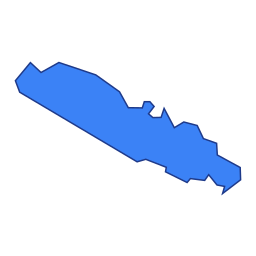 Aerodrom, Gazi Baba, North Macedonia
{"feature_id": "65306769B95040273905804", "entity_name": "Aerodrom", "entity_type": "district", "adm_level": 2, "iso_a3": "MKD", "parent_name": "North Macedonia", "parent_adm1": "Gazi Baba", "projection": "equal_earth", "projection_center": [21.518, 41.968], "detail": "fine", "context": "isolated", "style": "filled", "palette": "blue", "viewbox_px": 256, "rotation_deg": 0, "n_neighbors": 0, "source": "geoboundaries", "source_scale": "gbopen_adm2", "svg_char_len": 551}
<svg xmlns="http://www.w3.org/2000/svg" viewBox="0 0 256 256"><path d="M240.6,179.8L240.2,167.5L217.3,155.0L216.6,143.3L203.4,138.6L197.2,125.5L183.8,122.0L174.3,127.7L164.1,108.4L161.1,117.4L152.9,117.6L148.5,113.8L154.1,106.5L149.9,101.7L144.3,101.7L142.3,107.9L128.3,107.7L119.5,91.8L95.8,74.9L58.9,62.5L41.0,72.5L30.4,62.6L15.4,80.7L19.7,92.2L137.1,161.8L145.8,159.3L166.3,167.3L165.5,171.8L187.1,182.5L190.4,178.6L204.7,180.4L208.7,174.7L217.0,185.0L224.6,186.4L222.6,193.5L240.6,179.8Z" fill="#3b82f6" stroke="#1e3a8a" stroke-width="1.5"/></svg>